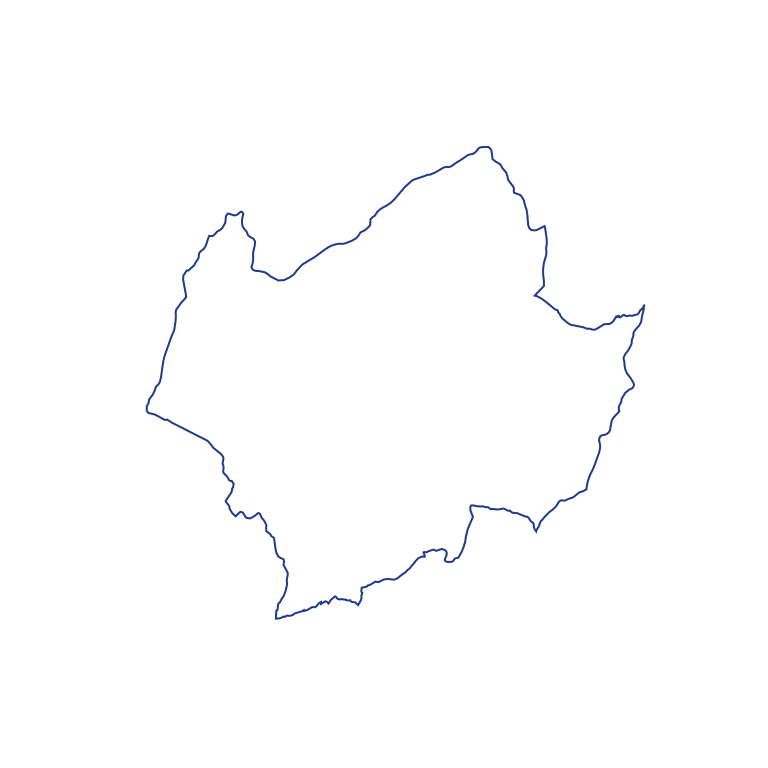 the district of El Cocuy, Boyacá, Colombia, rotated 212°
{"feature_id": "7082276B29849615421719", "entity_name": "El Cocuy", "entity_type": "district", "adm_level": 2, "iso_a3": "COL", "parent_name": "Colombia", "parent_adm1": "Boyacá", "projection": "equal_earth", "projection_center": [-72.432, 6.355], "detail": "fine", "context": "isolated", "style": "outline", "palette": "blue", "viewbox_px": 768, "rotation_deg": 212, "n_neighbors": 0, "source": "geoboundaries", "source_scale": "gbopen_adm2", "svg_char_len": 6166}
<svg xmlns="http://www.w3.org/2000/svg" viewBox="0 0 768 768"><g transform="rotate(212 384 384)"><path d="M428.5,634.6L429.3,628.9L430.6,626.2L433.4,623.6L434.7,621.5L437.2,615.5L440.0,609.9L442.1,604.8L443.1,603.2L444.2,602.1L445.8,601.5L448.2,599.1L452.7,590.4L455.8,586.1L458.1,584.3L459.3,582.5L466.8,573.4L468.0,571.6L470.7,562.0L472.9,546.9L474.2,541.5L475.9,537.6L479.5,531.0L480.9,526.7L481.0,521.8L482.0,519.8L482.7,516.5L480.0,511.3L480.1,509.5L481.6,504.5L484.3,500.0L484.3,496.0L484.9,492.9L487.1,488.5L490.8,483.5L492.7,481.4L496.8,478.9L499.4,476.4L502.3,472.9L503.5,470.6L504.9,467.9L509.8,455.5L516.6,442.0L518.1,434.1L518.5,429.1L520.7,424.1L523.8,419.2L528.5,415.8L537.2,415.1L540.6,415.6L544.3,415.6L550.0,413.5L552.2,412.2L554.1,411.6L556.1,411.4L558.5,413.1L558.8,414.9L559.8,417.8L560.6,419.7L564.6,426.0L567.0,432.9L568.8,436.5L571.7,438.0L576.8,437.8L578.4,438.3L581.6,440.6L584.7,441.4L587.6,443.0L588.8,444.1L590.9,447.0L591.9,449.1L593.5,453.7L594.6,454.5L596.4,454.6L596.9,454.0L598.1,450.1L599.4,448.3L600.3,447.6L605.9,446.2L606.7,445.9L606.9,445.4L607.0,443.2L606.8,442.2L604.0,436.6L603.8,430.5L604.8,427.2L605.7,426.1L606.4,424.3L606.7,421.9L607.6,419.1L608.5,418.0L610.7,417.1L610.5,415.2L608.5,407.3L608.4,405.5L608.4,403.3L609.7,399.6L610.1,397.2L609.8,396.2L608.1,392.8L608.1,386.0L607.9,384.0L609.9,377.0L610.2,376.4L611.5,375.6L611.5,369.4L609.6,366.0L599.1,354.5L597.9,352.8L598.0,351.0L599.1,345.0L599.6,336.8L598.7,334.4L596.9,332.0L594.4,327.5L590.7,319.1L590.3,317.5L589.2,310.6L585.1,292.3L584.1,288.8L582.2,283.9L577.2,272.7L575.2,267.3L575.1,264.7L575.9,260.4L575.0,257.3L574.7,254.8L574.5,251.7L575.0,246.4L573.6,243.2L573.4,239.9L573.0,238.7L571.0,235.6L570.3,235.5L569.1,234.6L568.5,234.6L563.4,236.3L560.2,236.9L551.3,237.3L550.0,237.9L549.1,238.9L543.3,238.8L504.1,242.3L503.0,242.2L497.8,240.7L495.5,239.5L485.0,238.2L482.0,237.1L481.5,236.7L480.6,235.5L478.5,230.7L476.0,228.6L474.2,224.9L473.1,223.6L468.0,222.4L464.2,220.3L463.0,220.4L461.9,221.1L458.8,219.8L457.2,216.5L457.3,215.0L456.0,211.6L456.3,201.0L454.6,199.9L451.1,198.7L450.0,197.9L448.9,196.4L444.0,194.0L439.6,193.2L439.1,195.9L438.1,199.5L436.4,200.1L435.1,200.0L430.8,197.8L429.5,197.7L426.9,198.7L426.3,199.2L424.9,201.3L423.4,204.5L422.7,207.2L421.9,208.1L420.5,208.2L416.3,205.4L415.0,205.3L412.5,204.2L409.6,202.4L408.9,201.7L407.5,199.1L405.7,196.8L401.0,196.5L399.1,195.3L396.0,195.2L395.2,194.6L388.9,187.0L386.1,184.1L382.6,181.8L379.6,181.6L376.9,182.1L375.7,181.7L374.6,180.2L373.3,177.3L365.8,173.0L364.5,171.1L362.6,166.2L360.1,162.9L358.0,157.2L357.1,153.2L356.7,150.2L356.9,147.6L356.6,144.2L357.1,141.1L354.6,136.1L355.2,134.6L351.3,127.7L348.4,129.9L346.9,131.8L345.9,133.7L344.8,133.8L344.2,135.1L343.2,136.5L341.3,137.2L338.9,139.8L338.6,141.2L338.1,142.1L333.2,147.7L332.2,149.8L331.6,149.1L329.2,151.8L326.8,156.7L324.1,158.2L323.4,160.6L323.1,163.6L321.9,165.7L320.9,164.1L318.5,168.8L316.3,168.9L314.8,168.4L314.6,173.1L313.0,178.0L311.7,178.0L309.7,177.3L308.7,177.3L306.6,178.3L306.1,179.2L303.5,180.0L302.3,181.0L301.3,180.7L300.6,180.9L297.9,182.7L297.3,182.2L296.0,182.1L292.8,183.5L288.8,182.8L289.0,188.6L290.0,191.1L291.1,192.8L291.6,195.3L292.7,195.6L293.4,196.2L295.0,199.5L292.3,201.9L291.1,203.4L291.1,204.5L289.7,205.8L286.5,211.9L283.7,213.0L281.1,217.4L279.5,219.1L276.3,221.3L271.9,223.3L270.1,225.4L267.1,233.4L265.9,236.1L265.6,238.4L264.6,240.6L264.2,244.7L263.7,246.8L263.4,250.4L262.7,254.2L260.8,257.2L259.7,258.2L258.0,259.1L258.3,259.8L261.1,262.0L261.1,262.6L258.7,264.0L257.3,266.2L254.2,269.9L251.3,270.2L247.7,274.6L245.3,275.3L243.8,275.4L242.2,274.8L241.0,273.6L240.0,271.2L239.6,267.8L238.8,266.5L237.5,266.3L235.5,266.9L232.1,269.3L231.6,270.4L231.5,272.7L231.1,274.1L228.9,276.2L229.2,282.9L230.2,288.3L231.8,293.9L233.6,297.7L236.1,305.4L238.2,318.5L243.5,322.4L244.9,324.2L245.6,325.6L245.8,327.0L243.5,328.6L240.8,329.4L236.5,331.7L235.5,332.7L233.9,332.9L230.1,334.7L227.9,334.3L227.1,334.5L225.6,335.6L220.8,338.0L216.4,341.9L211.9,342.2L210.5,342.8L210.0,343.4L208.6,342.9L206.8,342.9L202.4,345.1L194.4,346.4L192.2,347.3L190.8,347.3L187.1,345.5L183.7,345.1L182.3,343.9L181.2,342.3L179.9,341.1L176.8,339.6L177.3,341.4L177.3,346.0L177.9,348.0L178.3,350.8L177.7,353.4L177.4,356.3L175.8,363.5L174.5,366.5L173.3,371.0L173.2,377.3L172.4,379.0L169.0,380.8L165.3,386.1L164.4,386.8L163.2,389.1L160.9,395.7L158.1,398.9L156.5,401.9L157.7,404.4L159.8,410.0L161.0,415.7L161.6,421.5L162.5,427.3L165.4,440.4L166.8,444.1L168.0,446.3L171.9,450.4L172.8,452.7L172.7,454.9L171.0,456.9L169.7,458.1L168.3,460.2L167.7,462.7L167.9,464.6L171.4,473.4L171.6,474.8L171.5,477.8L169.9,485.4L171.0,486.3L172.8,489.2L173.4,494.6L174.7,497.6L174.6,500.6L174.8,504.0L173.1,509.1L171.2,512.0L171.0,513.8L171.7,516.0L172.6,516.9L178.0,519.7L183.4,521.7L186.8,524.0L190.0,527.4L192.2,530.5L193.8,532.0L194.8,533.4L195.2,536.9L194.8,542.0L194.9,545.6L195.3,548.8L195.6,549.9L197.1,552.5L198.0,556.8L199.2,558.9L199.7,560.6L199.5,563.7L198.6,568.9L198.8,572.8L201.2,578.5L203.0,584.1L204.7,587.6L205.1,589.5L204.7,585.7L205.7,582.3L205.6,578.5L206.2,577.2L209.8,573.3L212.1,572.1L214.2,570.1L215.2,569.7L216.7,569.9L217.3,569.6L217.9,568.8L218.6,566.4L219.1,565.6L220.9,566.4L221.2,566.0L221.2,564.5L221.6,564.3L222.4,564.8L222.8,564.5L222.8,559.0L223.7,555.7L224.9,554.2L229.0,551.3L233.2,542.8L234.3,541.6L236.2,540.5L238.2,540.2L239.6,539.5L240.7,538.6L245.1,537.7L257.3,533.1L261.6,533.2L267.9,534.2L270.3,535.2L272.0,536.5L274.0,537.0L276.1,538.6L276.8,538.2L279.3,538.0L289.6,539.4L296.3,539.9L301.0,539.5L303.0,538.8L300.3,551.8L302.9,556.0L307.2,561.4L310.0,565.8L312.6,571.5L314.7,579.1L316.2,582.0L318.5,585.1L320.2,589.1L321.2,590.8L324.0,594.6L330.5,602.2L331.6,602.9L335.7,596.0L337.6,594.1L340.5,592.7L342.7,592.9L344.4,593.9L347.0,596.3L347.0,596.9L348.1,598.0L351.8,603.1L355.6,607.5L358.1,609.4L362.6,613.7L365.1,615.2L367.5,616.2L369.1,616.4L375.0,615.1L376.1,616.2L377.3,618.4L378.5,619.6L387.1,623.0L389.5,625.7L392.8,628.2L397.8,629.7L401.6,631.9L407.3,631.8L411.0,632.2L416.4,638.7L418.7,640.0L421.1,640.3L421.9,639.9L427.0,636.4L428.5,634.6Z" fill="none" stroke="#1e3a8a" stroke-width="2"/></g></svg>